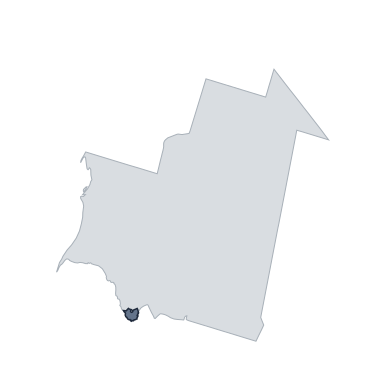 Ghabou, Guidimaka, Mauritania (highlighted), rotated 17°
{"feature_id": "47542326B82257373833544", "entity_name": "Ghabou", "entity_type": "district", "adm_level": 2, "iso_a3": "MRT", "parent_name": "Mauritania", "parent_adm1": "Guidimaka", "projection": "natural_earth1", "projection_center": [-12.146, 15.031], "detail": "fine", "context": "in_parent", "style": "filled", "palette": "slate", "viewbox_px": 384, "rotation_deg": 17, "n_neighbors": 0, "source": "geoboundaries", "source_scale": "gbopen_adm2", "svg_char_len": 4260}
<svg xmlns="http://www.w3.org/2000/svg" viewBox="0 0 384 384"><g transform="rotate(17 192 192)"><path d="M167.3,331.4L166.8,331.2L164.8,329.6L163.8,327.7L162.2,326.2L160.0,325.3L158.6,324.2L157.9,322.9L157.1,322.1L156.2,321.7L156.1,321.2L156.3,320.6L156.1,319.5L154.8,316.9L153.6,315.8L152.6,316.0L152.0,315.6L151.6,315.1L151.5,314.3L150.8,313.6L149.5,313.3L148.6,311.4L147.8,307.9L146.9,305.2L145.7,303.3L144.8,302.6L144.2,302.5L144.0,302.2L143.8,301.6L142.9,301.4L141.6,302.0L140.4,301.8L139.8,300.9L139.0,300.8L138.0,301.5L136.9,301.3L135.7,300.1L135.0,298.9L134.9,297.7L132.8,295.2L128.7,291.6L124.2,289.9L119.4,290.1L116.7,290.0L116.1,289.4L115.5,289.4L114.9,290.1L114.3,290.3L113.6,289.9L113.2,290.2L113.0,291.1L111.3,291.6L108.1,291.6L105.4,292.1L103.4,293.3L100.6,293.8L97.0,293.6L94.8,293.2L94.0,292.5L93.0,292.4L91.6,292.7L90.4,294.5L89.3,297.7L88.4,299.6L87.7,300.1L87.0,302.5L86.5,306.5L85.9,308.3L85.9,298.2L87.0,294.4L87.4,291.1L89.6,283.8L92.3,277.9L94.8,269.9L95.8,262.2L95.5,254.7L94.8,248.0L93.6,243.6L92.5,237.1L90.7,233.8L87.5,230.8L86.8,229.1L87.5,228.4L89.5,228.0L90.8,225.7L88.1,226.6L91.2,219.5L92.2,214.7L92.1,211.6L92.7,209.6L90.4,205.4L88.6,200.1L87.7,199.2L86.7,198.8L86.6,200.0L86.1,201.1L84.9,200.5L83.0,196.6L80.2,190.3L79.2,189.6L78.4,190.5L77.9,191.3L76.9,196.6L76.6,194.5L77.0,192.0L77.8,189.0L78.6,184.8L81.0,184.8L85.3,184.8L94.0,184.8L98.4,184.8L107.1,184.8L111.4,184.8L120.1,184.8L124.4,184.8L133.1,184.7L137.5,184.7L146.1,184.7L150.5,184.7L153.4,184.7L153.2,181.7L153.1,179.3L152.9,176.2L152.7,173.0L152.5,169.8L152.4,166.8L152.2,163.9L152.1,161.1L151.9,158.5L151.7,157.1L150.8,154.2L150.6,152.8L150.8,151.2L151.4,149.8L153.1,147.2L155.7,145.2L158.6,142.9L160.9,141.1L162.0,140.6L165.6,140.0L168.3,138.7L171.0,137.4L172.1,136.7L172.3,134.2L172.3,79.7L185.5,79.7L189.0,79.7L213.5,79.7L217.0,79.7L234.7,79.7L234.7,77.1L234.7,73.4L234.6,68.4L234.6,63.3L234.5,54.4L234.5,50.6L238.0,53.1L245.1,58.1L248.6,60.6L255.7,65.6L262.8,70.5L269.9,75.5L273.4,78.0L277.0,80.5L280.6,83.0L284.1,85.5L291.2,90.5L294.2,92.6L298.8,95.9L303.1,99.1L307.4,102.2L300.8,102.2L292.0,102.2L286.0,102.2L279.9,102.2L274.1,102.3L274.7,107.4L275.3,113.0L275.9,118.6L276.5,124.2L277.1,129.8L278.9,146.6L279.5,152.2L280.1,157.8L280.7,163.4L281.3,169.0L282.5,180.2L283.1,185.8L283.7,191.4L284.3,197.0L284.8,202.6L285.4,208.2L286.6,219.4L287.2,225.0L287.8,230.6L288.4,236.2L289.0,241.7L289.6,247.3L290.2,252.9L290.8,258.5L292.0,269.7L292.6,275.3L293.2,280.9L293.8,286.5L294.4,291.9L296.6,294.7L299.5,298.3L298.8,303.3L297.8,309.4L296.8,316.0L288.8,316.0L281.0,316.0L261.5,316.0L257.6,316.0L238.1,316.0L234.2,316.0L226.7,316.0L224.4,315.8L223.6,315.3L223.3,311.9L222.7,312.1L221.9,313.1L221.5,314.2L221.6,315.6L221.5,316.8L219.0,317.3L215.6,318.1L212.0,318.7L208.4,318.5L207.2,318.2L205.9,317.8L203.0,317.3L201.5,317.2L199.7,317.3L197.6,317.6L196.9,318.2L195.3,320.8L193.8,323.7L192.8,323.7L191.6,322.1L188.5,319.1L184.8,315.1L183.1,313.1L182.1,312.8L180.3,314.2L178.8,315.6L177.2,317.6L176.5,319.4L175.9,321.6L175.7,324.2L175.1,327.2L173.8,329.6L172.2,331.5L171.1,332.4L170.6,332.8L167.3,331.4ZM89.5,221.3L88.3,223.5L87.7,222.7L87.5,221.2L88.6,219.2L89.2,218.1L90.1,217.7L89.5,221.3Z" fill="#d9dde1" stroke="#a8b0b8" stroke-width="1"/><path d="M173.6,319.4L172.5,320.4L171.1,321.5L169.9,322.6L170.1,322.8L170.2,323.1L170.3,323.2L170.3,323.6L170.2,323.9L170.2,324.0L169.9,324.4L169.8,324.5L169.6,324.7L169.4,324.7L169.2,324.8L168.9,324.7L168.6,324.6L168.3,324.4L168.2,324.2L168.1,323.9L168.1,323.5L168.1,323.2L168.2,322.9L168.3,322.7L168.6,322.4L168.5,322.2L168.0,322.3L167.7,322.2L167.4,322.3L166.3,322.3L165.2,321.9L163.8,324.9L161.2,325.4L161.3,325.5L161.6,325.8L161.8,326.1L162.1,326.4L163.4,326.9L163.9,327.5L164.1,329.2L165.1,330.5L165.8,330.9L166.3,330.9L166.9,331.6L167.3,331.9L167.8,332.3L168.6,332.5L169.1,332.5L169.6,332.3L170.1,332.1L170.5,332.7L171.7,333.4L172.0,333.1L172.0,332.7L172.0,332.4L172.9,332.5L173.6,332.3L173.9,331.9L174.0,331.1L174.8,330.9L175.3,330.5L175.5,330.4L176.0,329.7L176.5,329.5L176.2,328.5L176.6,326.7L176.4,326.1L175.7,326.2L175.8,325.3L175.7,325.0L175.7,324.8L176.2,324.2L176.3,324.0L176.2,323.8L175.8,323.4L175.8,322.9L176.0,322.8L174.4,320.2L173.6,319.4Z" fill="#64748b" stroke="#1e293b" stroke-width="1.5"/></g></svg>